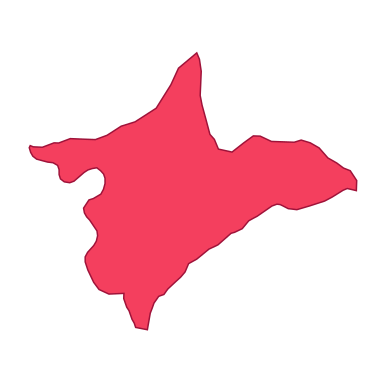 Cholwon, Kangwŏn-do, North Korea (Albers equal-area conic projection), rotated 2°
{"feature_id": "82179303B128003605723", "entity_name": "Cholwon", "entity_type": "district", "adm_level": 2, "iso_a3": "PRK", "parent_name": "North Korea", "parent_adm1": "Kangwŏn-do", "projection": "albers", "projection_center": [126.987, 38.318], "detail": "fine", "context": "isolated", "style": "filled", "palette": "rose", "viewbox_px": 384, "rotation_deg": 2, "n_neighbors": 0, "source": "geoboundaries", "source_scale": "gbopen_adm2", "svg_char_len": 1680}
<svg xmlns="http://www.w3.org/2000/svg" viewBox="0 0 384 384"><g transform="rotate(2 192 192)"><path d="M28.7,151.3L27.8,153.4L29.4,158.1L31.7,161.8L35.6,164.6L46.5,167.1L52.1,167.6L56.8,170.1L58.4,174.3L58.6,179.3L60.1,183.5L64.0,186.3L69.5,187.0L73.7,185.3L83.5,176.2L87.2,173.6L91.3,172.1L96.0,171.1L99.9,173.9L103.0,177.1L104.6,181.3L104.8,186.6L103.4,192.5L101.0,197.3L93.6,202.0L89.3,203.5L84.2,211.9L85.2,216.6L87.6,220.5L90.7,223.6L98.4,234.2L99.2,239.0L98.1,244.5L95.7,248.9L89.8,255.9L87.5,260.6L87.7,265.6L90.6,273.5L96.9,285.7L102.5,292.7L112.5,296.9L127.5,295.7L127.5,300.9L130.8,309.4L133.2,312.8L136.5,321.3L138.8,325.0L140.4,329.3L152.2,331.2L154.5,314.6L156.2,309.7L157.9,304.3L160.2,300.8L162.3,297.5L163.4,297.0L167.5,295.4L169.3,292.7L169.5,292.3L171.4,289.6L179.0,282.0L183.7,277.4L186.4,274.0L187.7,272.4L188.2,271.3L191.1,263.7L199.1,258.9L204.7,254.0L210.9,248.5L219.8,243.9L232.5,231.9L236.0,230.8L243.5,226.9L249.7,218.8L254.7,215.8L257.9,214.0L272.4,203.2L274.1,202.5L277.3,201.2L280.6,201.5L283.1,202.6L288.8,205.3L292.9,205.6L297.4,206.0L308.5,202.3L309.2,202.1L324.9,196.4L332.2,192.2L342.9,185.0L347.0,183.1L352.8,184.2L356.2,184.9L356.2,174.8L349.4,165.2L342.6,162.8L335.7,158.0L326.6,153.2L317.5,143.5L308.4,138.7L299.3,136.3L292.4,138.7L281.0,138.7L269.6,138.7L258.2,133.8L251.3,133.8L242.1,141.0L230.6,150.7L216.9,148.2L212.5,138.6L207.9,133.8L203.5,119.3L199.0,104.8L196.8,95.2L196.9,85.6L197.0,71.1L194.8,59.1L191.9,52.8L174.2,68.7L167.2,85.5L153.3,109.5L132.6,123.9L118.9,128.7L105.1,138.3L93.6,143.0L82.2,143.0L68.5,142.9L57.0,147.7L52.4,147.7L40.9,152.5L31.8,152.4L28.7,151.3Z" fill="#f43f5e" stroke="#9f1239" stroke-width="1.5"/></g></svg>